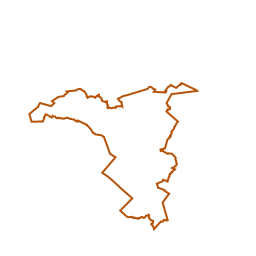 the district of Ahualulco, San Luis Potosí, Mexico, rotated 307°
{"feature_id": "50627088B61633980721987", "entity_name": "Ahualulco", "entity_type": "district", "adm_level": 2, "iso_a3": "MEX", "parent_name": "Mexico", "parent_adm1": "San Luis Potosí", "projection": "natural_earth1", "projection_center": [-101.253, 22.473], "detail": "fine", "context": "isolated", "style": "outline", "palette": "amber", "viewbox_px": 256, "rotation_deg": 307, "n_neighbors": 0, "source": "geoboundaries", "source_scale": "gbopen_adm2", "svg_char_len": 5554}
<svg xmlns="http://www.w3.org/2000/svg" viewBox="0 0 256 256"><g transform="rotate(307 128 128)"><path d="M153.1,107.1L151.1,105.2L145.2,102.4L144.5,104.9L144.6,105.1L144.7,107.1L144.8,107.4L143.9,107.9L143.1,109.1L142.4,109.4L141.9,110.3L141.7,110.5L141.7,110.1L141.6,109.6L141.4,109.2L141.2,109.0L140.6,108.9L140.3,108.6L139.6,107.1L138.0,105.7L137.7,105.9L137.1,106.0L137.2,105.8L137.3,105.6L137.0,105.3L136.0,104.7L135.9,104.7L135.0,103.7L134.3,103.4L134.0,103.2L133.2,101.1L132.8,100.6L132.3,100.6L132.2,100.1L131.8,99.7L132.1,99.3L132.1,99.2L132.6,98.6L133.2,98.7L133.3,98.8L134.0,98.3L134.0,98.2L134.3,97.9L134.5,96.7L134.9,96.5L134.9,96.4L135.3,96.0L135.3,95.8L135.6,95.7L135.8,95.7L136.1,95.4L136.7,95.2L136.4,94.8L135.7,94.2L134.8,93.8L134.6,92.8L134.1,91.1L134.2,90.9L134.4,90.6L134.8,89.9L135.0,89.8L135.1,89.5L135.4,89.3L135.5,89.4L135.7,89.2L136.0,88.0L135.8,87.3L135.9,87.0L135.6,86.0L135.8,85.5L136.2,85.4L136.4,85.4L137.1,84.9L137.1,84.7L136.8,84.7L136.2,84.4L135.9,84.1L134.9,84.0L134.8,83.9L134.6,83.8L134.4,84.0L133.7,83.6L132.6,83.6L132.4,83.6L132.2,83.0L132.3,83.1L132.5,83.0L132.5,82.9L132.3,82.6L132.4,82.4L132.1,81.4L131.9,81.1L131.8,80.8L131.5,80.1L131.1,80.0L131.0,79.9L130.4,78.5L127.8,77.5L128.5,75.8L129.3,75.3L129.8,74.5L130.6,72.5L131.0,70.3L130.4,68.5L130.7,67.0L129.9,65.5L127.6,64.0L126.9,64.1L120.3,57.0L120.0,58.5L117.0,57.6L116.0,57.6L115.4,57.4L114.9,57.6L110.9,53.7L103.8,51.1L103.5,54.2L99.2,53.4L95.0,42.7L92.9,42.9L91.0,43.5L79.8,40.8L75.0,47.2L75.5,47.7L76.1,48.7L77.3,50.2L77.5,50.4L78.1,51.3L80.0,53.4L80.9,54.8L81.9,56.1L85.8,55.0L86.0,54.4L86.8,54.3L86.9,54.5L87.1,54.6L87.4,54.4L88.1,54.3L89.4,54.0L89.6,54.5L90.0,56.3L90.2,57.4L90.1,58.5L90.4,60.6L90.9,60.5L91.1,60.6L91.8,60.5L91.6,60.8L92.0,61.0L92.2,61.3L93.1,62.4L93.2,62.7L93.3,63.1L93.0,63.6L92.9,64.1L93.0,65.2L93.1,65.5L93.4,65.8L93.5,66.0L94.3,66.1L94.3,66.4L94.5,66.9L94.9,67.8L95.0,68.0L95.5,68.2L95.5,68.4L95.5,68.9L95.8,69.6L96.1,69.8L96.1,70.1L96.3,70.4L96.7,70.6L96.8,71.0L97.7,71.9L98.2,72.0L98.9,72.7L99.1,72.7L99.3,72.9L99.5,73.3L99.8,73.4L100.0,74.1L100.0,74.6L100.3,75.0L100.4,75.6L100.3,75.9L100.5,76.6L101.0,77.1L101.5,78.6L102.0,79.5L102.4,80.1L102.5,80.7L102.3,81.0L102.0,81.6L102.0,81.9L102.1,82.3L102.5,82.8L102.8,83.7L102.8,83.9L103.3,83.8L103.3,83.6L103.8,83.5L105.6,92.4L105.9,93.3L105.7,93.7L105.3,93.8L105.3,95.6L104.5,99.2L103.7,101.2L103.5,102.6L102.9,103.0L103.4,104.1L103.5,104.7L103.6,105.3L103.5,105.5L103.3,105.8L106.2,111.2L106.3,111.6L106.3,112.0L106.2,113.1L106.3,113.5L106.5,114.0L96.6,129.2L97.1,135.6L76.7,134.4L77.1,141.2L76.5,150.2L75.5,159.0L74.4,173.8L57.3,171.5L56.6,180.1L56.7,181.3L56.8,181.6L57.4,182.6L58.0,183.2L58.6,183.6L58.9,184.0L59.1,185.3L59.6,185.3L59.6,186.2L59.8,186.7L59.8,187.0L60.2,187.1L60.2,187.3L60.3,187.3L60.5,187.9L60.8,188.7L61.5,189.6L62.1,190.0L62.2,190.3L61.7,190.6L62.7,191.4L63.2,191.7L63.4,191.6L63.8,191.8L64.2,191.9L64.5,192.2L64.8,192.2L65.0,192.6L65.4,192.8L65.5,193.7L65.5,194.3L66.1,194.7L66.5,195.3L67.0,195.2L67.7,195.3L68.0,195.3L68.1,195.2L68.6,195.1L69.2,195.8L69.6,196.0L70.4,196.5L71.2,196.7L71.0,197.3L70.3,197.8L69.9,198.0L69.0,198.8L68.7,199.3L68.6,199.7L68.6,200.6L68.2,201.4L68.1,201.8L68.2,202.4L69.0,203.6L69.0,203.9L68.9,204.0L68.2,204.3L67.4,204.9L66.7,205.1L66.3,204.8L65.8,204.3L65.3,204.4L65.0,205.1L64.9,205.7L64.9,206.6L64.5,206.9L64.4,207.6L64.2,208.1L64.0,208.4L63.5,208.8L62.9,209.6L73.2,210.5L73.6,211.7L74.3,212.2L75.9,212.1L76.1,211.9L76.2,212.0L76.3,212.7L76.9,213.1L77.0,213.7L77.2,214.1L77.4,214.4L77.7,214.3L77.8,214.4L77.7,214.6L77.9,214.9L77.9,215.1L78.3,215.2L89.3,200.5L100.3,200.4L99.8,194.7L100.4,194.5L98.6,188.2L98.4,188.0L100.9,184.6L101.5,185.3L102.2,185.5L103.0,185.6L104.0,186.4L105.6,187.4L107.4,187.8L107.4,187.4L107.7,187.2L107.8,187.4L107.8,187.7L107.9,187.9L108.2,188.1L108.6,189.7L108.9,190.2L108.9,190.4L109.1,190.9L109.0,191.0L109.0,191.8L113.5,190.1L114.0,190.3L114.6,190.2L115.0,189.6L116.1,189.1L116.5,189.1L116.7,189.5L117.1,189.6L117.2,189.4L117.5,189.4L117.8,189.3L118.0,189.2L118.6,189.8L118.9,189.8L119.2,189.9L119.8,189.5L120.9,189.7L121.2,189.9L121.3,189.8L122.6,189.9L122.8,190.3L123.2,190.6L123.3,190.6L123.2,190.1L122.6,187.3L123.3,187.6L124.0,188.2L126.1,188.7L126.2,189.0L128.2,188.9L128.6,188.4L129.3,187.9L129.2,187.6L129.3,187.5L130.0,187.0L131.3,185.2L131.7,184.5L131.9,184.3L132.3,184.2L132.9,184.0L134.0,178.7L132.0,175.4L131.3,175.3L130.4,169.3L131.1,169.7L131.3,169.3L131.0,169.3L130.7,169.0L130.1,168.6L129.9,168.2L129.6,168.0L129.4,167.9L130.4,166.9L134.0,169.8L142.7,166.4L144.3,167.0L145.0,166.8L145.0,167.0L145.7,167.0L145.8,166.5L146.6,166.3L146.6,167.1L146.9,167.1L147.8,166.7L148.2,166.6L148.8,166.1L149.3,166.3L149.9,166.1L150.4,165.8L150.9,165.1L151.7,164.7L151.9,164.7L152.4,165.1L152.6,165.0L155.2,165.1L155.6,165.0L157.0,164.2L157.7,164.6L160.9,163.9L163.2,164.1L164.3,148.8L164.6,148.7L164.9,148.7L164.9,149.0L165.4,149.1L166.0,148.5L166.4,148.3L166.9,148.6L166.9,149.0L167.2,149.5L167.5,149.7L168.4,150.1L168.7,150.1L169.7,149.0L170.0,148.4L169.5,148.1L169.4,147.9L169.5,146.9L169.7,146.7L169.9,146.3L170.3,145.9L170.8,144.0L172.7,143.6L181.3,142.4L199.2,160.9L199.4,160.0L196.1,143.8L194.4,144.1L194.3,143.4L189.0,142.3L188.0,136.2L187.0,136.3L186.8,136.1L186.6,136.2L185.6,135.8L185.2,135.3L180.7,135.4L180.6,136.1L180.3,136.0L180.2,136.1L180.1,136.4L179.8,136.3L180.1,135.4L179.3,135.4L179.4,136.1L178.9,136.6L172.5,126.9L175.1,126.7L174.5,124.4L174.7,122.1L174.1,120.5L173.0,120.2L171.3,120.2L168.2,118.1L153.1,107.1Z" fill="none" stroke="#b45309" stroke-width="2"/></g></svg>